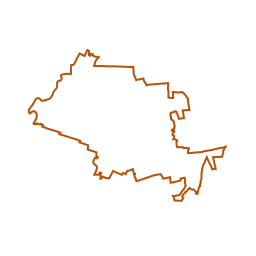 the district of Probota, Iasi, Romania, rotated 205°
{"feature_id": "2599482B12460610774115", "entity_name": "Probota", "entity_type": "district", "adm_level": 2, "iso_a3": "ROU", "parent_name": "Romania", "parent_adm1": "Iasi", "projection": "orthographic", "projection_center": [27.465, 47.391], "detail": "fine", "context": "isolated", "style": "outline", "palette": "amber", "viewbox_px": 256, "rotation_deg": 205, "n_neighbors": 0, "source": "geoboundaries", "source_scale": "gbopen_adm2", "svg_char_len": 5564}
<svg xmlns="http://www.w3.org/2000/svg" viewBox="0 0 256 256"><g transform="rotate(205 128 128)"><path d="M97.6,83.5L84.6,96.0L83.6,96.7L82.4,97.6L81.1,98.5L80.4,99.0L78.8,100.0L77.6,99.1L76.3,98.5L76.1,98.3L75.6,97.5L74.6,96.9L72.2,98.9L70.4,100.1L69.1,101.2L68.6,100.5L67.7,98.7L66.2,96.4L64.5,97.6L58.2,102.6L59.1,104.3L57.7,105.3L55.9,106.8L55.5,106.7L55.0,106.2L54.7,105.9L54.2,104.6L53.2,102.3L51.4,100.2L51.5,98.6L51.4,97.4L52.3,93.3L52.3,93.1L52.4,92.4L52.7,90.3L53.1,88.9L53.3,88.6L54.8,87.8L55.9,86.9L56.4,86.5L57.3,86.0L58.3,85.6L58.1,85.5L55.2,82.0L48.6,84.7L48.6,86.2L48.2,87.8L48.7,87.8L48.9,87.9L50.1,89.3L49.7,90.8L49.6,91.8L49.1,93.3L49.0,93.9L48.8,93.8L48.5,94.3L48.0,95.8L47.5,97.9L46.8,99.7L45.8,99.4L45.5,99.2L45.2,99.2L43.7,99.4L42.9,99.7L42.5,100.0L41.4,99.6L39.9,99.2L39.4,98.9L39.0,98.3L38.9,97.4L37.9,97.2L37.3,97.6L37.2,97.8L37.3,98.5L37.8,100.3L38.4,103.3L38.5,104.3L38.5,104.8L38.4,105.4L38.2,105.8L38.0,106.0L38.7,106.7L38.9,107.1L39.0,107.4L38.8,108.4L39.1,109.4L40.0,111.1L40.0,111.3L39.8,112.6L39.9,112.9L40.1,113.5L41.5,116.3L42.3,118.3L43.0,120.6L43.6,123.0L44.1,125.7L44.1,127.8L43.9,129.4L43.9,129.7L44.3,131.0L44.3,131.6L44.2,132.9L44.0,133.4L44.2,133.9L44.2,134.8L42.3,133.0L36.2,128.2L34.2,126.1L33.9,126.4L33.5,126.7L31.3,128.1L38.6,137.5L30.7,141.6L30.6,142.0L31.0,143.5L31.1,145.4L31.3,146.1L31.9,147.0L32.0,147.4L32.0,148.5L31.9,149.1L31.8,151.0L31.6,151.7L31.6,152.3L32.1,151.9L33.2,150.7L36.1,148.8L38.7,146.8L41.9,144.1L49.6,138.8L50.0,138.2L51.3,137.2L57.5,133.8L57.8,133.5L58.4,133.3L59.2,132.6L60.0,132.2L60.6,131.8L61.9,131.2L63.0,130.6L63.3,131.2L63.4,131.6L63.9,132.4L64.0,132.7L64.0,133.1L64.0,134.2L64.0,134.6L64.2,135.4L69.8,133.3L69.9,133.9L75.5,131.4L75.7,131.6L77.7,134.7L78.0,135.2L78.2,137.0L78.3,137.5L80.6,137.6L82.2,136.9L82.1,137.6L82.1,139.0L83.2,140.4L84.5,140.3L84.9,140.9L85.0,141.4L84.8,142.8L84.4,143.9L85.1,145.4L85.6,145.2L85.2,144.3L86.1,144.2L87.0,144.0L87.4,144.4L87.3,144.7L87.2,144.8L87.3,145.2L86.5,146.2L86.1,146.4L86.1,146.6L86.0,146.9L86.4,148.1L86.4,148.3L86.2,148.4L86.4,149.0L86.6,149.5L87.6,151.0L87.8,151.3L88.2,151.8L89.0,152.4L89.3,153.2L89.8,153.6L90.5,153.9L91.1,154.1L91.9,153.9L92.3,154.1L92.6,154.2L93.0,154.7L93.7,156.2L94.0,156.6L94.5,156.9L95.1,157.5L95.3,159.0L95.7,159.6L93.5,161.6L93.6,162.1L93.4,162.3L92.8,162.5L92.6,162.5L91.8,163.3L91.2,163.3L91.0,163.2L90.0,162.0L88.6,161.0L88.0,160.2L86.9,159.3L86.1,158.2L85.8,157.8L81.5,160.6L85.8,167.1L79.9,170.3L81.7,172.8L83.5,175.5L85.6,178.8L86.0,179.5L86.3,180.3L87.9,180.6L89.1,181.7L89.9,182.2L93.1,183.3L94.0,183.5L95.0,182.9L95.3,182.8L95.9,182.2L97.7,181.3L102.5,179.6L101.2,177.0L100.9,176.6L99.7,174.4L102.4,173.1L104.3,172.8L106.1,176.8L106.6,178.1L106.8,178.5L107.4,179.0L107.7,179.3L108.7,180.9L109.1,182.1L109.2,182.9L110.0,184.1L110.4,185.1L110.6,185.6L125.7,177.1L128.5,175.4L129.1,174.6L133.6,177.6L135.0,179.4L137.0,177.8L140.9,174.9L141.7,175.8L145.5,179.1L146.7,181.3L147.6,182.8L148.2,183.9L148.6,184.9L149.1,185.7L151.4,184.4L167.4,177.7L171.9,175.6L179.7,172.3L182.9,170.8L184.9,170.0L185.2,172.4L185.4,173.1L185.6,174.2L185.7,175.6L185.1,177.7L184.4,179.8L185.2,179.7L187.8,178.8L189.6,178.8L190.8,178.9L191.1,180.0L191.6,180.0L192.9,179.6L192.9,177.4L194.3,177.4L194.9,178.9L195.2,179.9L195.9,181.4L196.1,181.5L197.8,181.4L197.8,175.0L198.5,174.9L203.4,175.1L203.9,162.7L204.4,162.0L205.8,161.2L206.1,160.9L206.0,160.3L205.1,158.4L204.7,157.2L204.1,156.2L202.7,153.5L202.6,153.1L202.6,152.8L206.4,151.3L206.7,151.1L207.1,150.8L208.0,150.4L209.8,148.9L211.0,147.7L210.5,146.6L209.3,145.4L208.8,144.4L208.8,143.6L209.1,143.0L209.7,142.2L210.4,141.6L211.1,140.8L211.3,140.6L211.4,139.8L211.3,139.1L211.2,138.5L210.0,136.3L209.6,134.9L209.6,133.7L210.4,130.9L210.7,129.5L210.7,128.4L210.5,126.7L210.5,125.1L210.6,123.6L210.9,122.4L211.2,121.8L211.8,121.0L213.1,119.7L215.8,117.3L217.0,116.6L217.6,116.3L218.6,116.3L220.1,117.1L221.1,117.3L222.0,117.2L222.4,117.0L222.7,116.7L223.3,115.8L223.8,114.8L223.9,114.0L224.1,111.1L224.4,108.0L224.8,106.6L225.0,105.7L225.1,104.3L225.4,103.0L225.3,102.3L225.0,101.4L223.9,100.1L223.6,99.8L223.4,99.8L222.8,99.9L222.6,100.2L222.0,101.9L221.1,103.0L220.2,103.5L219.2,103.5L217.8,103.0L216.3,101.5L215.6,100.1L215.2,98.2L215.2,97.0L215.3,94.9L215.5,92.1L214.0,92.1L213.8,92.3L213.8,92.6L212.4,92.9L212.4,93.7L211.0,93.8L208.9,94.2L208.9,94.9L207.1,94.9L207.1,94.7L206.2,94.7L206.2,93.0L202.9,93.4L200.7,93.4L197.8,93.9L196.3,94.0L194.5,94.4L192.3,94.7L187.4,95.2L187.7,93.4L170.4,95.8L165.9,96.2L165.9,94.5L160.7,95.1L157.1,95.5L156.3,94.2L156.0,93.9L155.6,91.5L146.2,92.6L145.5,90.5L145.2,89.9L143.9,89.1L143.3,89.1L143.1,89.0L143.1,88.8L143.6,88.4L143.8,88.1L143.5,87.6L143.3,87.5L143.4,87.4L144.7,87.2L145.3,87.2L145.3,86.2L145.5,83.6L144.9,82.2L144.5,81.8L143.9,81.3L143.1,81.0L142.1,80.8L141.1,80.5L140.5,80.2L139.9,79.7L139.6,79.3L139.2,78.5L138.8,76.4L138.7,73.0L138.8,71.6L138.8,71.4L135.4,73.1L134.3,73.5L134.9,75.5L133.8,76.1L133.5,76.1L133.2,75.9L133.2,75.7L133.0,75.1L133.1,74.3L132.4,72.0L131.8,71.1L131.6,70.3L131.4,70.3L130.8,71.0L130.7,71.8L130.2,73.4L129.2,73.5L128.8,73.2L127.3,73.2L126.4,73.6L125.6,73.9L124.7,74.0L123.8,74.5L123.4,81.7L123.4,82.7L116.3,82.9L113.7,83.0L113.7,85.1L110.5,85.2L110.7,86.2L110.7,86.7L110.6,87.2L110.6,88.4L110.5,89.0L110.0,89.2L109.4,89.4L106.2,92.8L105.0,91.4L104.4,90.4L103.3,88.8L102.2,89.4L102.1,89.2L102.1,88.7L102.2,88.4L102.3,88.3L102.1,87.7L100.8,85.9L100.5,85.7L99.8,85.6L99.4,85.3L99.2,85.1L99.1,84.4L98.6,84.0L98.5,83.7L97.8,83.6L97.6,83.5Z" fill="none" stroke="#b45309" stroke-width="2"/></g></svg>